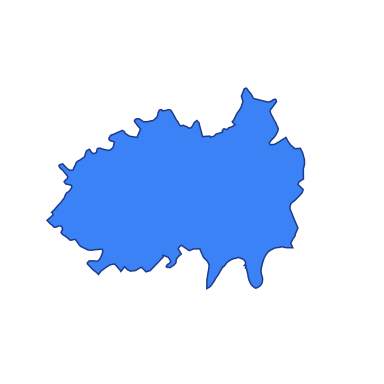 the district of Quwisna, Al Minufiyah, Egypt, rotated 44°
{"feature_id": "37247803B73326223517768", "entity_name": "Quwisna", "entity_type": "district", "adm_level": 2, "iso_a3": "EGY", "parent_name": "Egypt", "parent_adm1": "Al Minufiyah", "projection": "equal_earth", "projection_center": [31.193, 30.56], "detail": "fine", "context": "isolated", "style": "filled", "palette": "blue", "viewbox_px": 384, "rotation_deg": 44, "n_neighbors": 0, "source": "geoboundaries", "source_scale": "gbopen_adm2", "svg_char_len": 6047}
<svg xmlns="http://www.w3.org/2000/svg" viewBox="0 0 384 384"><g transform="rotate(44 192 192)"><path d="M182.0,316.3L181.5,311.9L182.5,305.8L183.6,301.5L185.7,298.2L186.1,298.0L186.5,297.6L189.2,297.6L192.5,298.1L193.9,298.0L196.0,298.6L195.9,296.7L195.4,292.6L199.4,292.7L202.2,291.9L203.0,291.3L206.0,287.6L207.1,283.3L208.1,281.0L209.1,281.2L214.4,281.4L216.5,277.5L216.5,269.9L216.5,268.6L216.4,260.0L216.4,258.4L215.7,257.8L215.2,257.6L215.7,257.2L218.6,256.2L220.2,255.4L224.4,256.4L225.3,257.3L225.3,259.3L224.7,261.3L225.2,263.6L226.6,263.4L228.8,261.5L228.9,260.7L229.8,257.1L229.6,254.1L227.4,251.3L227.1,248.4L227.0,247.8L227.4,244.0L221.5,242.5L221.0,240.0L221.3,237.7L230.2,236.2L230.8,236.0L233.0,231.3L235.0,229.7L236.8,227.4L244.3,230.5L246.1,231.1L250.6,231.1L252.2,231.4L255.1,232.7L255.7,233.4L257.2,235.3L259.1,238.1L263.9,245.0L269.2,250.6L269.7,251.2L269.9,250.5L270.2,249.7L270.3,249.4L270.5,248.8L270.6,248.3L270.7,247.7L270.7,247.4L270.7,246.9L270.7,246.3L270.7,245.7L270.6,245.2L270.5,244.6L270.2,242.9L270.0,241.5L269.6,239.6L269.2,238.4L269.1,237.9L268.9,237.0L268.7,236.0L268.5,234.4L268.2,233.2L268.1,232.6L268.0,232.0L267.7,230.8L267.3,229.6L267.1,229.0L267.1,228.5L267.0,227.9L266.9,227.4L266.8,226.8L266.5,226.0L266.2,225.1L266.0,224.6L266.0,224.2L266.3,224.0L266.6,224.0L266.6,223.1L266.6,222.6L266.5,221.7L266.5,221.2L266.4,220.8L266.3,219.9L266.0,218.8L266.2,217.9L266.3,216.9L266.5,215.9L266.8,214.9L267.2,213.4L267.6,212.5L267.9,211.7L268.4,210.9L269.2,209.6L270.1,208.2L270.9,206.8L275.2,204.9L275.3,204.9L276.1,204.8L276.7,204.8L277.2,204.8L278.0,204.9L278.6,205.1L279.0,205.2L279.4,205.4L279.8,205.8L280.0,206.0L280.3,206.5L280.5,206.9L280.6,207.3L280.6,207.5L280.7,207.9L280.7,208.4L281.1,208.1L281.5,208.0L282.0,207.8L282.4,207.7L282.5,208.2L282.7,208.6L282.9,209.0L283.1,209.5L283.5,209.5L283.8,209.4L284.1,209.3L284.3,209.2L286.7,210.8L289.8,212.7L290.5,213.4L291.3,213.9L292.1,214.5L293.3,215.2L294.5,215.9L295.4,216.3L296.3,216.6L297.1,216.9L298.0,217.2L298.4,217.3L299.0,217.4L299.7,217.5L300.4,217.5L301.1,217.6L301.8,217.5L302.5,217.4L303.2,217.3L303.9,217.2L304.5,217.0L304.9,216.5L305.1,216.0L305.4,215.5L305.7,214.7L305.8,214.1L306.0,213.5L306.0,213.0L306.1,212.4L306.1,212.1L306.1,211.8L306.1,211.2L306.0,210.6L305.9,210.1L305.8,209.8L305.7,209.2L305.6,208.9L305.5,208.7L305.1,207.9L304.5,207.1L304.1,206.6L303.7,206.1L303.2,205.6L302.7,205.1L302.2,204.7L301.7,204.4L301.1,204.0L299.7,203.3L298.8,202.7L297.9,202.1L297.3,201.6L296.8,201.1L296.3,200.5L295.8,200.0L295.1,199.1L294.6,198.4L294.3,197.9L293.7,196.9L293.0,195.8L292.0,194.0L291.1,192.3L290.2,190.4L290.0,189.8L289.7,189.0L289.2,187.6L289.0,186.7L288.8,185.8L288.6,184.9L288.5,184.0L288.5,183.5L288.4,182.6L288.3,182.0L288.5,181.2L288.6,180.7L288.8,179.6L289.1,178.6L289.4,177.6L289.8,176.6L290.1,175.6L290.6,174.5L291.8,173.0L292.7,171.9L294.0,170.1L295.1,168.5L296.1,168.1L296.9,167.6L297.8,167.1L298.7,166.3L299.3,165.8L299.9,165.3L300.5,164.7L301.1,164.1L301.6,163.6L302.4,162.9L303.2,162.1L302.5,161.8L298.6,160.2L297.0,155.1L296.8,152.4L295.7,150.8L293.2,144.3L283.2,140.1L274.0,135.9L272.6,134.4L271.1,131.4L271.8,126.4L271.9,121.5L271.8,118.1L271.7,116.0L270.6,113.6L270.3,113.0L262.9,113.0L262.0,110.4L263.1,105.2L256.0,98.0L253.7,93.9L250.7,90.9L249.7,90.2L244.4,87.0L241.9,86.1L239.6,85.3L236.0,89.3L230.2,89.7L225.6,88.8L222.0,87.6L221.6,87.5L221.5,88.4L220.5,92.0L219.9,95.0L219.2,97.3L218.5,100.0L216.7,102.3L215.5,103.6L214.9,103.6L213.3,102.8L213.4,102.3L213.0,99.5L213.1,95.5L212.6,92.4L211.3,88.4L209.9,86.3L207.5,85.5L204.4,84.1L201.2,83.3L198.5,82.2L195.9,81.5L193.9,80.7L191.6,79.3L191.1,76.6L190.1,68.5L188.4,67.3L187.3,67.4L186.3,69.4L186.0,71.4L184.4,74.4L171.3,82.0L170.7,82.0L167.9,80.9L166.4,80.5L161.7,80.0L160.3,79.6L158.8,79.6L157.9,81.5L160.1,86.6L160.9,88.7L165.8,91.5L168.3,96.7L169.1,99.7L169.8,104.4L171.2,108.8L172.0,111.5L172.2,113.6L176.3,113.7L175.3,117.7L173.8,120.3L174.0,122.4L172.5,123.6L171.6,124.0L171.0,124.3L171.0,126.6L172.4,127.7L169.0,133.9L169.2,136.3L167.1,139.9L165.9,139.5L161.1,144.8L155.1,141.2L148.7,137.3L145.8,137.2L145.4,140.5L146.5,144.3L146.7,146.3L145.5,148.3L143.1,148.5L142.0,149.2L139.3,150.1L138.4,151.7L137.8,152.4L135.7,152.3L132.8,151.2L131.1,151.2L127.6,150.0L121.2,148.1L119.2,148.1L118.3,148.7L117.4,149.7L116.7,151.4L115.8,152.3L114.9,153.6L114.6,154.0L113.1,153.8L112.6,154.2L111.6,155.9L111.9,156.2L112.4,158.3L113.3,159.3L114.7,162.4L114.5,167.4L112.1,170.7L111.5,172.0L108.2,175.2L105.3,175.6L103.2,176.1L101.4,177.7L100.7,179.4L101.3,181.1L105.6,181.9L109.1,182.3L111.2,182.4L114.5,190.9L108.5,195.1L107.6,195.4L106.1,195.7L102.9,196.2L101.2,195.5L99.1,196.1L95.0,206.1L94.2,207.3L94.1,208.0L94.6,209.4L94.6,210.4L95.5,211.8L97.8,211.9L99.3,210.9L101.7,210.0L104.4,215.1L103.7,219.4L100.2,222.0L99.3,222.3L97.8,223.3L95.7,224.2L94.2,225.5L93.9,226.8L95.3,229.2L95.8,229.9L95.2,231.6L94.3,232.9L93.4,233.2L90.8,233.1L89.0,232.4L88.4,232.7L87.5,235.7L89.7,240.5L90.3,241.5L89.9,243.5L89.0,247.6L88.7,248.2L88.4,248.9L88.2,251.2L89.1,252.9L90.4,257.3L91.2,258.7L90.6,259.6L89.4,260.9L86.5,261.9L79.5,261.6L79.2,262.0L77.9,264.3L77.9,265.3L78.8,266.0L81.1,266.4L84.0,266.1L91.3,267.1L92.2,267.4L93.0,269.5L92.7,271.5L92.9,273.5L95.5,273.9L96.7,273.3L98.2,272.3L100.6,271.0L102.0,271.8L102.8,274.1L103.0,277.5L102.4,279.8L102.9,281.9L104.3,285.3L104.5,287.6L105.0,291.0L104.9,293.7L105.1,297.4L105.3,300.4L105.2,304.2L106.2,304.0L108.0,305.1L107.4,313.1L112.4,313.3L114.2,313.0L116.8,313.1L117.7,312.8L118.3,312.1L118.9,311.2L119.9,308.5L120.8,307.9L122.5,307.3L125.1,309.0L125.1,310.0L125.9,312.1L127.9,312.5L131.1,311.9L133.2,311.6L135.0,311.4L137.0,311.4L138.2,311.1L138.8,310.1L139.7,308.8L140.3,307.8L141.2,307.2L145.9,308.0L147.6,308.4L149.7,308.5L157.4,306.0L160.4,303.5L161.6,301.8L165.8,296.9L167.3,295.6L169.0,296.4L170.4,299.1L171.5,301.8L172.3,304.5L172.3,306.9L171.0,308.5L169.5,309.5L166.5,312.4L165.9,313.0L165.9,315.7L166.7,316.4L175.2,316.7L179.0,316.2L181.4,316.2L182.0,316.3Z" fill="#3b82f6" stroke="#1e3a8a" stroke-width="1.5"/></g></svg>